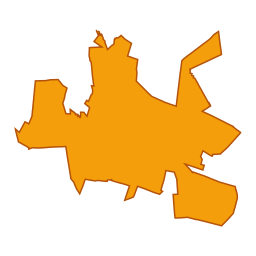 Zumpango, México, Mexico
{"feature_id": "50627088B21767491225911", "entity_name": "Zumpango", "entity_type": "district", "adm_level": 2, "iso_a3": "MEX", "parent_name": "Mexico", "parent_adm1": "México", "projection": "orthographic", "projection_center": [-99.071, 19.813], "detail": "fine", "context": "isolated", "style": "filled", "palette": "amber", "viewbox_px": 256, "rotation_deg": 0, "n_neighbors": 0, "source": "geoboundaries", "source_scale": "gbopen_adm2", "svg_char_len": 5596}
<svg xmlns="http://www.w3.org/2000/svg" viewBox="0 0 256 256"><path d="M221.4,54.5L221.4,53.5L220.6,47.6L220.3,45.7L219.8,41.9L218.5,31.5L214.5,34.2L214.3,34.3L213.6,35.0L209.8,39.1L206.9,41.3L201.5,45.3L200.4,46.2L199.2,47.1L196.7,49.0L192.9,51.9L192.6,52.1L191.7,52.8L190.6,53.6L187.7,55.7L186.5,56.6L185.3,57.6L184.1,58.5L183.1,59.5L182.1,60.4L182.1,60.5L181.9,60.7L181.8,61.5L181.5,63.6L181.2,65.8L181.0,67.8L180.5,71.0L180.2,72.9L180.1,73.9L180.1,74.0L179.7,76.9L179.7,77.3L176.2,106.2L174.7,105.7L172.1,104.8L170.2,104.2L169.3,103.9L168.0,103.4L166.6,102.9L165.3,102.6L164.9,102.3L164.3,102.0L163.7,101.8L162.9,101.4L162.1,101.1L161.2,100.6L160.2,100.2L159.0,99.7L157.7,99.1L155.9,98.3L155.8,98.2L151.9,96.5L150.8,95.5L150.0,94.7L149.8,94.5L149.4,94.2L148.1,93.0L142.3,87.1L142.2,87.0L140.4,85.2L139.3,84.2L138.0,82.8L136.3,81.2L136.5,78.6L136.8,74.6L136.9,73.5L136.9,72.4L136.7,71.0L136.5,69.6L136.5,69.1L136.4,68.8L137.1,64.1L137.2,63.2L137.7,59.5L132.9,57.9L130.2,56.9L129.3,56.6L127.6,56.1L131.5,43.4L126.7,40.3L125.5,39.5L125.3,39.4L121.1,35.4L120.5,36.0L119.9,36.5L119.4,36.7L118.9,37.3L118.6,37.7L118.0,37.9L117.6,37.9L117.0,37.8L116.5,37.7L116.3,37.8L115.8,38.1L115.3,38.4L115.0,38.3L114.9,38.4L114.9,39.1L115.0,39.4L114.9,39.4L114.3,39.7L114.2,40.2L114.2,41.1L114.2,42.3L114.0,42.9L114.1,43.6L112.7,45.1L111.9,45.4L107.5,49.5L104.8,42.0L105.0,41.1L104.5,40.7L104.1,40.3L104.0,40.1L103.2,39.0L102.9,37.1L102.3,36.6L102.2,36.3L102.2,36.2L102.0,35.3L102.0,35.1L100.9,35.2L101.5,34.4L101.0,33.9L99.9,34.7L98.9,33.7L99.4,33.4L99.5,32.3L98.7,31.4L97.3,32.2L97.0,31.7L96.6,31.1L96.3,30.3L96.2,30.2L98.1,34.6L98.6,35.5L94.0,41.5L101.8,47.0L89.4,47.6L89.1,56.0L89.2,56.3L89.4,57.3L89.7,58.3L90.0,60.7L91.1,62.0L91.6,66.1L92.1,72.1L92.3,73.5L92.4,75.4L93.8,86.1L91.5,85.7L91.8,87.1L91.9,87.3L92.5,89.3L92.7,91.1L92.2,94.1L91.3,94.6L88.4,101.5L87.7,101.1L86.7,100.3L84.8,103.6L89.6,107.5L87.0,116.2L83.8,112.3L80.6,112.2L80.6,116.9L80.2,117.4L79.1,116.0L79.1,116.6L78.7,116.2L78.1,115.3L77.8,115.7L77.7,115.6L77.6,115.8L77.3,114.8L77.2,114.6L77.0,114.9L76.3,114.2L75.0,113.1L75.3,113.9L75.3,114.0L75.2,113.9L75.1,113.6L74.9,113.2L73.6,112.0L73.0,111.7L72.7,111.3L72.1,111.2L72.0,110.8L71.8,110.8L71.1,109.9L70.2,109.4L70.4,114.0L65.9,113.6L62.8,103.3L64.4,98.4L65.1,94.5L67.0,88.1L62.9,85.5L58.2,79.6L50.1,79.8L47.6,80.3L47.3,80.2L46.3,80.6L35.4,80.9L32.8,107.9L32.8,108.4L32.6,109.8L32.4,111.5L32.4,112.2L32.2,113.7L31.9,116.5L28.8,123.8L25.0,121.8L19.3,132.4L15.4,129.0L15.8,131.1L18.5,141.9L28.8,147.7L28.7,149.1L29.0,149.0L32.2,147.8L33.8,147.8L35.2,147.9L36.8,148.0L40.7,147.9L44.0,147.7L46.4,147.5L49.9,147.2L50.1,147.2L53.4,147.0L56.3,146.9L58.8,146.8L60.4,146.8L64.7,146.6L65.8,146.5L66.5,151.1L67.7,159.0L70.1,173.4L70.8,178.0L70.9,178.8L71.3,179.2L73.8,182.3L75.4,186.2L76.4,188.6L79.5,193.5L79.7,193.8L83.0,185.7L84.5,181.2L85.4,179.2L86.6,179.5L87.7,179.7L88.8,179.9L89.6,180.0L90.2,180.2L91.3,180.3L93.4,180.6L94.6,180.9L94.9,180.8L95.3,180.9L95.8,180.8L96.3,180.7L96.7,180.6L97.1,180.5L97.4,180.5L97.9,180.5L98.5,180.6L99.1,180.6L100.6,180.7L101.5,180.9L102.2,181.0L102.9,181.0L104.8,181.2L105.4,181.3L106.2,181.3L106.9,181.3L107.2,181.3L107.5,180.0L111.5,179.7L111.2,180.4L115.0,181.6L116.2,181.9L117.5,182.3L119.4,182.9L120.6,183.2L123.0,183.8L123.9,184.1L125.3,184.5L126.8,185.0L129.5,185.9L129.1,187.0L127.8,190.9L127.5,191.8L124.7,200.3L129.7,198.5L130.4,198.2L131.0,198.0L131.7,197.7L132.7,197.3L133.1,197.2L133.6,196.7L133.7,196.3L134.3,195.0L136.0,190.4L136.5,189.1L137.4,186.6L137.5,186.3L141.0,187.5L142.5,188.0L143.6,188.4L144.3,188.6L146.2,189.4L148.2,190.2L151.1,191.3L153.0,192.1L154.7,192.7L158.8,194.0L159.6,194.3L162.6,191.4L160.9,190.3L162.5,184.6L163.5,181.5L164.3,178.3L165.4,173.2L165.9,170.6L174.3,172.1L176.8,179.3L177.8,194.2L173.1,194.5L173.5,199.3L173.6,201.2L173.8,203.7L174.6,214.1L175.1,218.0L181.4,217.8L182.1,217.7L183.5,217.6L183.9,217.6L184.5,217.5L185.2,217.5L186.3,217.4L186.7,217.4L187.6,217.3L188.1,217.4L189.0,217.7L196.3,219.6L196.8,219.5L204.7,221.4L215.5,224.2L221.6,225.8L228.6,218.6L233.2,213.4L234.3,209.6L234.2,209.4L234.3,209.1L234.5,208.9L234.9,207.6L235.5,205.3L236.6,201.0L237.2,198.9L237.2,198.2L237.4,197.8L237.2,194.7L237.0,193.6L236.8,192.8L236.5,191.8L236.1,190.0L235.8,190.0L235.2,186.5L232.8,185.9L222.7,183.0L219.5,182.1L217.3,181.2L216.4,180.8L211.8,179.0L210.5,178.5L209.0,177.8L204.5,176.0L193.0,172.0L192.5,172.5L192.3,172.2L191.5,171.3L189.0,168.4L188.1,167.5L187.4,166.6L185.1,164.1L185.5,164.2L185.8,164.2L186.2,164.4L191.4,166.1L198.5,168.5L202.9,170.0L203.3,168.3L203.7,167.0L204.2,165.3L200.9,164.4L201.5,162.1L202.2,159.5L200.9,157.0L200.9,156.8L200.8,156.6L200.6,156.4L201.0,155.5L201.4,154.6L202.2,152.8L203.0,150.8L205.4,152.3L208.2,154.1L209.4,154.8L210.0,155.2L212.0,156.2L212.3,156.1L212.8,155.0L212.7,154.4L220.3,154.0L221.1,153.4L221.2,153.2L221.5,152.9L221.6,152.6L222.1,152.3L222.4,152.0L222.5,151.8L222.7,151.6L223.0,151.5L225.9,148.9L228.1,146.7L236.9,136.9L237.2,136.5L239.4,134.1L240.0,133.3L240.6,132.6L240.5,132.4L235.8,129.0L234.5,127.9L234.4,127.8L233.2,126.9L233.2,126.5L232.4,126.1L231.5,125.6L230.5,125.2L225.5,122.7L223.7,121.7L221.4,120.6L221.2,120.5L217.8,118.8L215.6,117.7L212.9,116.3L210.4,115.1L202.3,111.4L202.2,111.3L208.4,107.4L208.5,107.3L208.5,107.0L210.5,106.1L210.4,105.2L209.4,103.5L209.3,104.3L200.2,87.9L200.0,87.6L199.1,86.0L198.5,85.0L198.2,84.2L194.8,78.2L193.4,77.8L193.6,76.0L191.7,75.5L192.0,73.6L190.0,73.1L190.2,71.2L190.4,70.2L189.8,69.3L204.4,62.5L210.4,59.7L211.7,59.0L217.2,56.5L219.4,55.5L221.4,54.5Z" fill="#f59e0b" stroke="#b45309" stroke-width="1.5"/></svg>